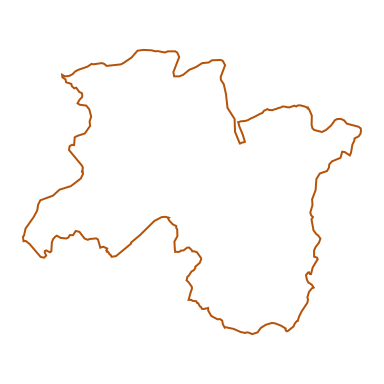 the district of Telimele, Télimélé, Guinea
{"feature_id": "49546643B50480493924889", "entity_name": "Telimele", "entity_type": "district", "adm_level": 2, "iso_a3": "GIN", "parent_name": "Guinea", "parent_adm1": "Télimélé", "projection": "mercator", "projection_center": [-13.353, 10.89], "detail": "fine", "context": "isolated", "style": "outline", "palette": "amber", "viewbox_px": 384, "rotation_deg": 0, "n_neighbors": 0, "source": "geoboundaries", "source_scale": "gbopen_adm2", "svg_char_len": 3990}
<svg xmlns="http://www.w3.org/2000/svg" viewBox="0 0 384 384"><path d="M116.0,256.1L131.0,243.7L131.1,242.5L139.9,235.2L154.3,221.0L161.5,217.2L165.0,216.8L168.6,217.6L168.8,217.7L168.0,218.2L169.2,220.5L172.8,224.4L176.2,226.0L176.3,228.1L177.2,229.3L177.4,236.2L174.4,241.6L174.9,250.2L175.2,251.6L175.2,251.9L176.1,251.7L178.4,252.0L180.3,251.3L181.0,250.5L183.1,250.5L184.2,250.0L185.6,248.8L186.5,248.1L187.1,247.7L189.1,247.5L191.8,250.2L192.2,251.3L194.2,251.3L196.1,251.9L196.9,252.2L201.4,258.5L201.5,258.4L199.7,262.9L195.2,266.8L195.4,267.9L193.9,270.1L191.5,271.5L188.7,275.8L187.4,276.8L186.6,280.4L188.5,282.1L191.9,286.9L191.9,288.9L190.7,292.2L188.7,299.6L188.6,299.8L191.4,299.9L192.4,300.8L196.3,301.3L197.2,303.0L198.1,303.1L199.9,306.4L201.0,307.0L201.9,308.8L203.8,309.0L208.1,308.0L208.3,310.8L211.3,316.0L217.5,319.3L220.1,319.1L222.2,320.6L222.9,324.3L224.7,327.7L225.5,327.2L233.6,328.9L240.4,331.9L245.1,333.0L246.4,332.4L248.6,332.6L252.2,334.1L257.6,332.4L260.7,328.0L265.7,324.8L272.0,322.9L275.5,323.5L280.9,325.6L285.7,328.5L285.4,329.5L286.3,331.1L287.6,331.2L293.6,326.4L294.8,323.5L296.8,321.1L297.7,321.0L299.1,316.5L301.6,311.4L307.3,302.9L308.0,299.8L307.4,297.3L309.0,291.9L311.9,288.3L313.7,287.6L311.7,284.6L308.2,282.4L306.8,279.3L306.0,275.0L308.1,272.5L309.0,272.3L309.7,274.0L311.0,274.1L312.7,267.4L317.7,259.2L317.0,257.6L314.1,256.7L314.1,250.4L315.5,247.2L319.0,242.6L320.4,238.6L318.2,235.5L316.3,234.1L313.5,230.3L311.5,219.3L313.0,217.1L311.2,215.4L310.3,212.5L312.5,205.1L312.1,199.4L315.6,190.1L316.4,179.0L319.8,173.5L327.0,171.0L328.9,167.7L329.3,164.3L332.1,161.3L340.5,157.8L342.2,151.7L344.6,152.0L349.8,155.4L351.0,152.8L352.4,144.6L354.2,141.0L354.6,138.4L358.6,136.4L360.5,133.7L361.0,130.7L360.7,128.4L358.4,126.7L346.9,123.7L344.0,120.3L340.8,118.9L337.4,119.0L334.9,120.2L331.2,125.4L326.0,130.0L321.9,132.0L314.3,130.0L312.5,128.4L311.6,125.0L311.8,115.6L309.7,110.6L307.9,107.6L307.5,108.0L307.4,107.6L304.7,106.5L301.9,105.8L301.7,105.7L300.2,105.3L297.6,105.5L296.1,106.5L294.4,105.7L290.5,107.0L289.6,107.4L287.0,107.2L285.5,106.8L284.4,106.6L283.3,106.5L282.5,106.5L281.0,107.4L278.2,108.1L275.8,109.1L274.3,109.4L272.3,110.2L271.4,110.2L270.6,110.0L269.9,110.0L269.1,110.0L267.3,109.1L266.0,109.8L264.3,110.6L263.5,111.3L262.8,112.4L262.4,113.0L260.4,113.7L258.3,114.8L255.9,116.1L252.9,117.6L250.9,118.4L249.0,119.5L247.7,120.2L246.4,120.6L244.8,121.0L242.3,121.2L240.5,121.4L239.4,121.9L238.2,122.1L239.4,126.5L242.9,135.1L244.9,141.8L243.7,142.3L241.9,142.6L240.3,143.5L239.8,143.5L235.0,131.7L234.6,119.0L227.5,107.9L226.0,94.3L223.8,84.3L220.9,79.8L220.7,77.0L225.1,65.2L222.7,60.8L220.4,59.9L217.2,60.1L211.9,60.3L208.7,62.5L202.2,63.1L196.1,67.0L189.3,69.8L183.1,74.9L179.0,76.4L174.1,76.3L173.4,72.1L179.2,57.0L177.3,52.7L175.3,51.3L167.9,51.3L164.9,52.5L157.9,51.1L155.5,51.3L151.4,50.3L143.3,49.9L139.1,50.5L137.5,50.7L131.6,57.5L123.5,63.0L120.8,64.4L106.6,65.9L104.1,63.8L101.8,63.1L93.4,64.3L91.6,63.9L87.4,66.7L78.6,69.7L75.3,71.4L72.4,74.3L69.2,75.9L65.0,76.4L62.1,74.8L62.4,77.3L65.5,79.4L66.1,82.3L71.3,83.9L71.9,86.2L74.2,88.3L76.2,87.7L79.4,92.1L81.7,93.0L82.3,94.5L82.1,97.1L79.6,99.7L77.5,103.3L79.7,104.7L86.3,105.6L89.3,109.4L91.2,116.7L89.6,121.4L90.1,125.9L84.8,133.5L77.6,135.8L74.7,137.3L74.1,145.1L71.9,144.8L69.6,146.2L69.0,150.0L82.0,165.7L82.9,167.8L81.7,172.6L82.7,171.0L83.0,173.9L80.8,178.5L70.9,186.1L59.5,189.7L53.0,195.6L40.3,200.3L38.1,204.8L37.2,210.5L33.7,217.0L25.6,228.5L24.0,235.5L23.0,236.7L23.5,241.2L25.8,241.0L29.7,244.1L40.6,256.9L44.1,257.7L46.2,255.6L44.7,252.4L44.9,251.0L46.1,250.4L49.9,252.3L51.3,251.3L51.9,242.4L53.0,239.3L55.3,236.6L56.8,235.7L60.7,237.9L66.3,238.5L68.4,237.5L69.8,235.1L73.1,235.1L75.7,231.0L79.4,231.8L84.5,238.5L87.8,239.8L89.7,239.0L96.2,238.4L98.0,239.5L100.3,247.7L103.1,246.7L107.2,248.5L106.3,250.5L107.2,251.0L107.0,251.8L108.3,252.1L109.5,254.4L110.6,254.8L111.6,256.8L116.0,256.1Z" fill="none" stroke="#b45309" stroke-width="2"/></svg>